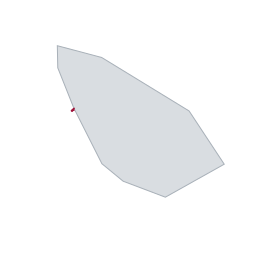 location of Banannes Bay, Castries, Saint Lucia, rotated 299°
{"feature_id": "8701671B10070089345452", "entity_name": "Banannes Bay", "entity_type": "district", "adm_level": 2, "iso_a3": "LCA", "parent_name": "Saint Lucia", "parent_adm1": "Castries", "projection": "orthographic", "projection_center": [-61.0, 14.011], "detail": "fine", "context": "in_parent", "style": "filled", "palette": "rose", "viewbox_px": 256, "rotation_deg": 299, "n_neighbors": 0, "source": "geoboundaries", "source_scale": "gbopen_adm2", "svg_char_len": 764}
<svg xmlns="http://www.w3.org/2000/svg" viewBox="0 0 256 256"><g transform="rotate(299 128 128)"><path d="M172.5,173.2L143.0,229.7L85.6,194.2L79.1,149.6L84.1,122.5L119.2,70.9L146.6,37.4L165.7,26.3L176.9,70.8L172.5,173.2Z" fill="#d9dde1" stroke="#a8b0b8" stroke-width="1"/><path d="M118.7,71.5L118.9,71.3L118.8,71.2L118.7,71.2L118.4,71.0L118.2,71.0L118.1,70.9L117.9,70.9L117.7,70.8L117.5,71.0L117.5,70.9L117.4,70.9L117.2,70.8L117.2,70.7L116.9,70.6L116.7,70.6L116.5,70.4L116.4,70.4L116.3,70.2L116.2,70.2L115.9,70.1L115.6,70.3L115.5,70.6L115.6,70.8L115.7,71.0L116.1,70.8L116.3,71.0L116.5,71.2L116.7,71.4L117.2,71.8L117.3,71.6L117.4,71.2L117.5,71.1L118.0,71.1L118.5,71.2L118.6,71.4L118.6,71.5L118.7,71.5Z" fill="#f43f5e" stroke="#9f1239" stroke-width="1.5"/></g></svg>